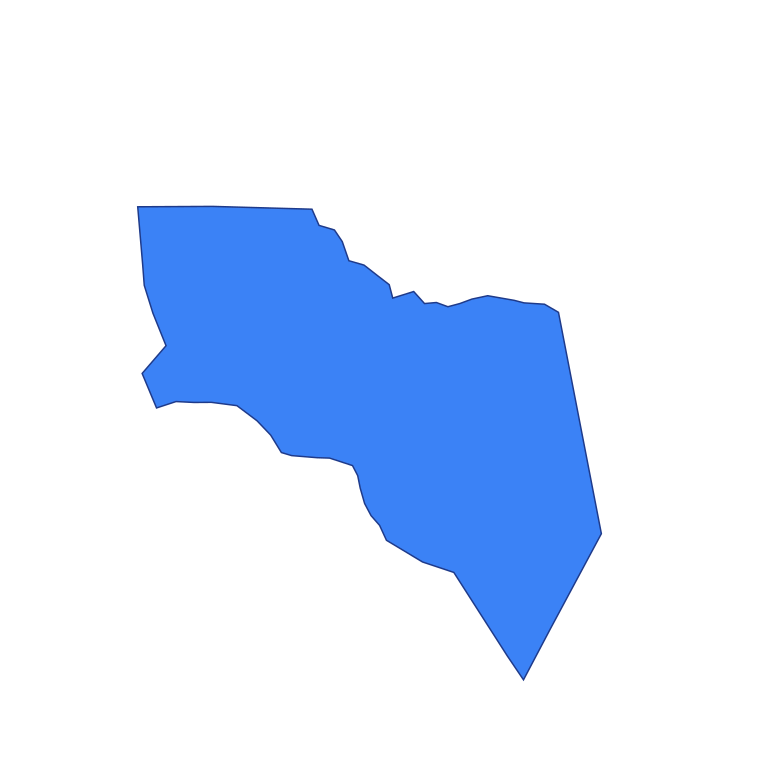 outline of Arês, Rio Grande do Norte, Brazil, rotated 222°
{"feature_id": "56859067B99959531577878", "entity_name": "Arês", "entity_type": "district", "adm_level": 2, "iso_a3": "BRA", "parent_name": "Brazil", "parent_adm1": "Rio Grande do Norte", "projection": "robinson", "projection_center": [-35.195, -6.196], "detail": "fine", "context": "isolated", "style": "filled", "palette": "blue", "viewbox_px": 768, "rotation_deg": 222, "n_neighbors": 0, "source": "geoboundaries", "source_scale": "gbopen_adm2", "svg_char_len": 793}
<svg xmlns="http://www.w3.org/2000/svg" viewBox="0 0 768 768"><g transform="rotate(222 384 384)"><path d="M685.6,350.9L643.4,311.4L628.2,296.9L603.1,282.0L571.6,266.6L570.8,230.0L537.0,214.0L526.8,231.8L512.8,243.2L500.1,254.8L478.8,269.5L453.7,271.7L434.0,270.2L414.4,264.4L404.7,269.0L384.5,284.4L374.9,292.5L352.8,302.3L342.2,298.3L332.0,290.7L318.4,282.2L305.5,277.5L292.7,276.0L277.6,269.5L236.3,277.5L206.0,290.7L110.3,264.4L82.4,257.5L96.5,313.2L122.3,418.2L302.3,554.0L318.1,550.7L334.2,538.0L343.2,533.3L366.0,519.0L375.5,505.9L381.5,494.5L388.2,484.2L399.6,479.6L407.7,470.9L423.8,472.6L435.0,453.7L446.6,461.3L461.2,460.2L478.4,459.0L492.6,452.1L510.3,461.9L523.9,465.3L538.4,458.4L554.5,465.7L630.2,401.3L685.6,350.9Z" fill="#3b82f6" stroke="#1e3a8a" stroke-width="1.5"/></g></svg>